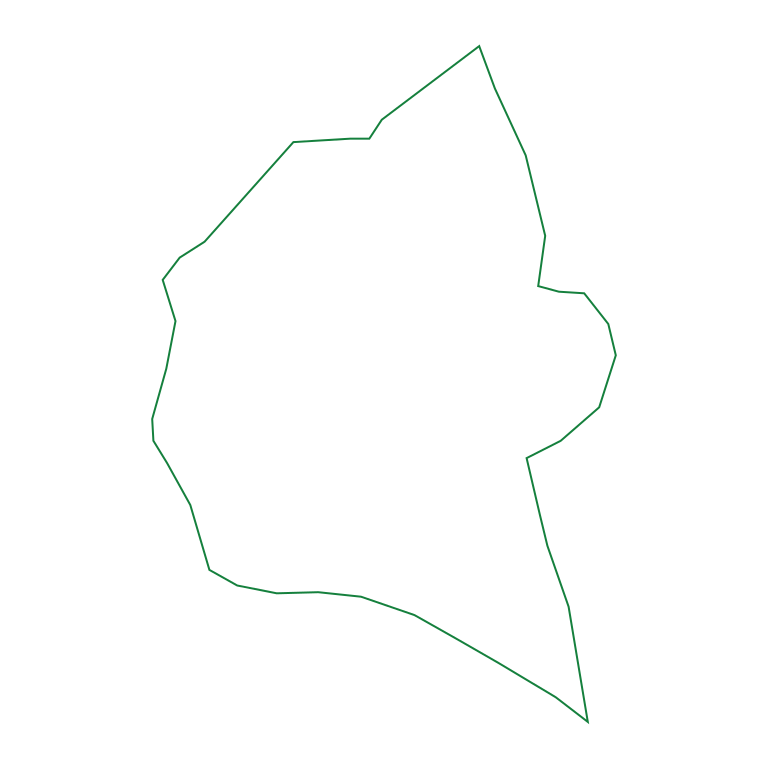 Abtouyour, Guéra, Chad (Equal Earth projection)
{"feature_id": "50815135B86536624745263", "entity_name": "Abtouyour", "entity_type": "district", "adm_level": 2, "iso_a3": "TCD", "parent_name": "Chad", "parent_adm1": "Guéra", "projection": "equal_earth", "projection_center": [18.122, 12.013], "detail": "fine", "context": "isolated", "style": "outline", "palette": "green", "viewbox_px": 768, "rotation_deg": 0, "n_neighbors": 0, "source": "geoboundaries", "source_scale": "gbopen_adm2", "svg_char_len": 616}
<svg xmlns="http://www.w3.org/2000/svg" viewBox="0 0 768 768"><path d="M349.8,138.7L293.4,142.1L204.6,241.7L179.7,257.6L162.7,279.9L175.5,321.1L166.3,368.7L152.2,419.0L153.4,440.8L167.1,463.1L190.3,505.0L209.4,569.9L237.2,585.5L276.7,593.3L318.2,592.2L361.0,596.7L414.5,615.1L456.1,638.6L498.9,663.2L555.8,697.3L587.8,721.9L568.6,606.7L547.4,545.8L539.9,514.9L526.6,458.1L560.7,440.8L599.2,407.3L615.8,355.3L608.3,324.0L584.2,293.3L558.9,291.7L538.2,286.1L545.2,235.8L525.7,155.4L494.9,88.5L479.3,46.4L479.2,46.1L381.8,119.7L369.3,138.7L350.3,138.7L349.8,138.7Z" fill="none" stroke="#15803d" stroke-width="2"/></svg>